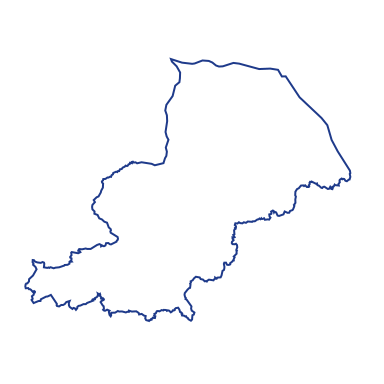 the district of Dakcheung, Xékong, Laos, rotated 96°
{"feature_id": "54806243B33031915083472", "entity_name": "Dakcheung", "entity_type": "district", "adm_level": 2, "iso_a3": "LAO", "parent_name": "Laos", "parent_adm1": "Xékong", "projection": "mercator", "projection_center": [107.512, 15.387], "detail": "fine", "context": "isolated", "style": "outline", "palette": "blue", "viewbox_px": 384, "rotation_deg": 96, "n_neighbors": 0, "source": "geoboundaries", "source_scale": "gbopen_adm2", "svg_char_len": 6068}
<svg xmlns="http://www.w3.org/2000/svg" viewBox="0 0 384 384"><g transform="rotate(96 192 192)"><path d="M276.3,343.3L278.5,343.2L280.0,342.1L281.0,342.4L282.8,339.9L285.1,338.5L291.7,341.4L295.7,344.9L298.0,344.8L300.1,346.2L300.3,347.2L301.2,347.8L303.3,347.9L305.1,347.3L304.7,344.8L305.7,344.0L305.6,342.9L306.1,341.9L307.9,340.0L307.0,338.7L307.5,337.8L308.4,337.8L309.2,338.7L310.7,338.7L312.4,340.3L314.9,339.3L316.1,340.3L319.0,337.9L316.5,333.3L316.2,331.3L314.5,331.1L311.3,326.2L311.0,324.7L309.1,321.6L317.4,314.7L318.8,314.8L319.5,314.3L319.7,312.2L318.0,310.2L317.9,308.5L316.8,306.9L314.6,305.5L313.2,302.3L315.2,302.9L317.7,302.5L319.1,301.6L320.8,298.7L319.7,297.8L319.9,296.4L321.3,295.1L319.6,294.0L318.2,294.0L317.1,292.9L316.6,291.1L314.9,288.3L314.6,285.9L313.3,284.7L310.5,279.2L309.9,279.9L309.3,279.7L309.0,279.2L309.2,278.3L308.5,278.0L308.6,277.3L307.5,277.3L306.6,275.8L305.0,274.6L304.5,275.0L303.5,274.7L302.8,275.0L303.5,273.5L302.9,272.9L304.1,272.4L305.0,272.6L306.4,271.0L307.2,271.4L307.6,271.1L307.0,269.4L307.9,268.4L308.6,268.6L309.9,270.7L311.0,271.4L314.2,268.9L314.9,267.9L317.3,267.4L318.4,268.1L319.2,266.9L319.1,265.8L317.9,264.1L318.7,261.6L319.8,262.2L322.8,261.2L324.1,259.9L323.1,259.5L321.0,259.9L320.5,259.4L320.0,255.8L318.1,253.3L318.5,252.0L318.1,249.1L318.7,245.2L317.8,243.6L317.8,242.3L316.6,242.3L317.2,239.4L316.5,234.9L317.9,232.3L319.3,231.8L318.5,229.3L319.9,226.9L320.2,225.1L322.6,225.3L324.2,224.2L324.7,221.4L324.1,221.4L323.8,220.0L323.1,219.7L323.2,219.0L322.4,219.0L322.1,218.2L321.2,217.9L321.2,215.7L319.4,215.5L319.0,216.8L317.7,216.3L317.1,216.6L316.4,215.3L314.3,214.6L313.9,213.4L314.1,211.9L312.6,209.8L312.8,208.2L312.2,207.8L312.1,206.2L312.2,204.9L312.8,204.5L312.2,203.6L312.4,202.3L313.9,200.5L312.7,199.1L311.7,198.7L311.7,197.6L311.1,196.8L310.4,197.0L309.2,196.0L308.5,193.7L310.2,192.3L312.6,191.3L312.8,190.2L313.7,189.2L314.3,189.6L314.7,188.9L315.8,189.0L315.9,186.7L316.5,185.7L316.2,184.9L317.2,184.3L318.0,182.7L318.9,182.3L320.1,179.6L318.8,178.6L314.5,178.7L313.7,177.4L311.6,177.0L310.0,179.9L308.0,180.7L305.8,180.6L299.6,186.1L299.1,187.3L298.0,187.1L297.2,187.9L295.0,188.7L293.3,188.6L289.5,186.2L287.7,184.6L287.5,183.9L284.2,183.8L283.4,184.3L282.2,183.6L281.0,184.0L279.7,182.1L277.7,181.0L275.9,179.3L276.2,175.4L277.7,174.3L277.9,172.0L279.5,170.0L279.1,168.9L279.5,167.9L278.6,167.5L277.4,166.0L277.6,161.4L276.7,161.0L275.9,159.9L274.7,160.0L275.6,158.4L274.5,157.8L273.9,154.6L271.9,153.9L267.2,153.4L266.2,152.1L265.0,151.9L263.1,151.9L260.2,152.8L258.9,152.5L258.7,150.8L260.5,149.8L260.8,148.5L260.3,146.8L259.8,146.4L258.8,146.6L256.8,144.5L255.9,144.2L255.7,143.3L254.5,143.5L252.5,142.8L251.8,143.7L248.7,141.2L246.3,141.5L245.7,141.2L245.1,141.9L242.2,141.2L240.1,141.7L238.9,142.9L239.5,144.0L239.6,146.3L238.6,147.1L237.3,147.0L235.5,145.6L234.2,146.8L232.8,147.0L232.9,145.6L232.5,144.9L230.4,146.5L229.6,145.4L225.8,146.1L224.6,145.7L224.2,145.0L223.3,145.4L223.0,144.6L221.5,144.7L220.4,146.0L218.6,145.6L218.6,143.5L217.2,142.2L217.9,140.8L217.9,138.6L216.7,137.3L217.0,135.1L215.5,133.4L215.4,129.1L214.9,128.8L214.5,126.4L212.5,124.1L212.2,122.9L211.3,122.1L211.9,121.0L211.1,120.4L211.5,120.2L211.4,118.9L210.6,117.6L212.0,116.6L211.3,113.8L211.4,112.4L209.3,111.3L208.3,112.3L206.2,112.8L205.5,110.9L204.5,110.7L203.2,111.3L202.0,109.7L202.2,109.0L203.8,108.3L203.0,107.9L203.5,106.2L206.5,104.4L206.7,102.9L204.7,98.7L201.7,97.8L202.7,94.8L202.4,93.1L200.6,92.5L199.5,90.2L198.7,89.7L195.6,88.8L194.4,89.2L194.3,88.8L193.0,88.7L192.0,88.0L188.5,88.5L185.7,88.2L184.5,89.0L180.9,89.2L178.2,87.9L177.1,86.2L174.2,84.3L173.8,82.0L174.4,81.2L173.5,80.2L175.0,78.3L174.8,76.4L174.0,76.0L173.2,76.6L171.7,75.7L170.6,76.1L169.5,75.6L169.6,74.0L169.2,73.9L171.0,69.2L170.5,68.6L172.1,67.9L172.4,66.5L174.3,63.8L174.4,62.9L173.2,62.0L172.9,60.9L174.8,57.2L174.4,55.9L172.5,55.1L174.4,53.8L174.5,52.7L173.3,52.4L172.7,53.1L172.2,53.0L171.6,51.6L169.8,50.9L170.2,50.4L170.2,46.7L168.8,47.2L166.8,46.0L165.6,46.5L164.4,46.3L163.0,44.6L163.6,43.8L163.1,43.1L163.2,41.9L164.8,40.6L165.1,39.1L163.3,37.4L163.1,36.6L160.4,36.1L157.5,37.0L156.7,36.5L154.2,37.2L136.4,51.3L125.6,58.6L111.4,64.4L104.9,70.9L86.6,94.9L67.2,110.9L67.7,114.7L61.5,119.2L61.1,127.1L62.7,138.1L59.4,158.5L59.3,164.3L63.8,174.5L64.4,178.3L63.7,181.3L61.1,185.3L59.9,189.0L60.1,195.3L63.9,202.8L64.5,205.2L64.4,215.4L62.0,226.8L64.4,225.6L68.6,220.4L74.4,216.3L80.2,215.9L84.1,216.0L88.0,219.8L98.6,221.3L108.0,226.6L113.8,227.1L118.3,225.0L124.1,224.1L135.1,224.6L139.4,223.0L142.5,220.9L150.6,222.7L154.5,221.2L158.8,221.3L161.3,222.4L166.3,223.4L169.3,231.8L168.2,235.1L167.7,245.3L169.2,249.6L168.4,251.2L168.8,253.0L168.0,253.9L168.4,255.0L169.6,254.8L169.4,256.7L170.8,256.9L171.1,258.0L172.6,258.7L173.0,259.4L172.7,260.8L173.9,261.6L175.0,263.5L176.5,264.3L177.0,266.1L178.8,266.6L178.9,267.8L180.0,268.4L179.7,269.5L181.3,272.3L182.7,272.5L183.7,273.7L185.4,274.1L185.3,275.0L186.4,276.6L186.4,277.6L188.0,279.4L188.4,281.6L189.7,281.7L190.9,282.7L192.0,282.4L192.9,281.3L197.0,281.1L200.1,282.4L202.1,282.7L206.2,284.5L207.2,286.3L210.3,288.9L212.2,287.5L215.3,289.7L217.3,289.8L219.7,289.2L221.5,286.9L223.8,286.8L224.7,283.5L227.9,281.5L228.7,278.7L230.7,276.1L231.4,273.3L235.9,271.1L237.4,269.0L238.6,268.6L239.6,269.1L241.0,268.6L244.5,261.3L246.3,260.7L247.4,260.9L248.2,261.7L249.3,261.9L252.6,267.1L252.5,268.3L251.5,269.9L251.9,272.1L254.2,272.5L255.0,273.6L255.1,274.6L254.6,275.5L255.5,276.7L254.1,277.0L253.5,278.6L254.6,280.9L259.2,286.8L259.6,290.2L259.3,291.8L260.5,295.4L260.5,297.9L260.8,298.5L262.3,299.0L262.6,297.4L263.5,296.7L264.8,298.8L264.3,305.3L264.9,305.8L267.4,305.2L269.4,306.4L270.0,306.2L270.6,304.9L272.3,304.8L272.9,305.4L273.8,304.4L274.3,306.5L276.1,306.4L277.4,308.1L277.9,311.0L278.5,311.3L280.8,316.3L281.5,319.8L282.3,321.6L281.6,324.8L282.4,326.0L282.0,326.6L282.6,328.0L282.4,331.4L278.8,331.4L277.7,331.8L277.3,333.3L278.3,335.0L278.2,338.4L277.6,340.9L276.3,342.1L276.3,343.3Z" fill="none" stroke="#1e3a8a" stroke-width="2"/></g></svg>